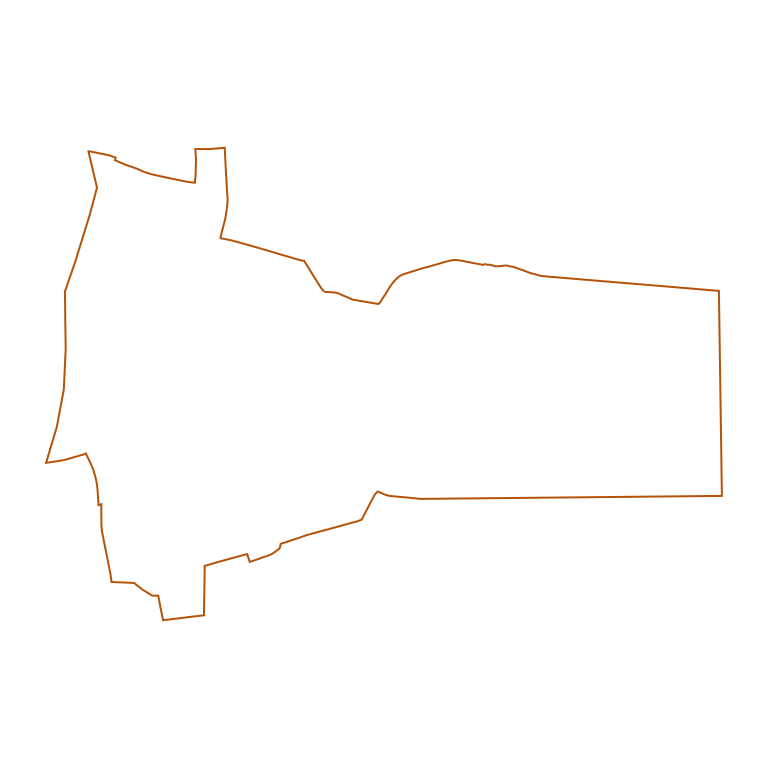 Al Tibbin, Al Qahirah, Egypt
{"feature_id": "37247803B18410334160069", "entity_name": "Al Tibbin", "entity_type": "district", "adm_level": 2, "iso_a3": "EGY", "parent_name": "Egypt", "parent_adm1": "Al Qahirah", "projection": "robinson", "projection_center": [31.32, 29.779], "detail": "fine", "context": "isolated", "style": "outline", "palette": "amber", "viewbox_px": 768, "rotation_deg": 0, "n_neighbors": 0, "source": "geoboundaries", "source_scale": "gbopen_adm2", "svg_char_len": 3180}
<svg xmlns="http://www.w3.org/2000/svg" viewBox="0 0 768 768"><path d="M485.1,264.1L482.7,264.9L480.1,264.3L472.0,262.8L461.4,260.7L456.6,260.0L453.6,260.0L452.7,260.1L451.7,260.3L447.3,261.3L443.2,262.4L436.9,264.3L428.3,266.8L423.8,267.9L413.8,271.0L407.7,272.9L402.9,274.4L399.2,276.4L395.7,279.5L392.1,283.7L388.2,289.5L385.1,294.7L379.8,302.7L379.1,303.4L378.4,304.0L353.5,299.8L352.8,299.6L352.2,299.4L336.3,292.6L325.2,291.9L324.5,291.5L323.9,291.1L322.2,289.6L317.0,281.6L311.5,272.8L308.3,267.5L304.1,260.8L301.4,260.5L295.0,258.7L291.1,257.5L283.8,255.4L273.7,252.4L267.7,250.6L262.1,249.0L254.9,246.9L248.5,245.1L242.9,243.5L235.8,241.5L235.1,241.4L234.4,241.2L231.7,240.4L227.0,239.5L224.5,239.0L222.1,238.5L220.5,238.2L220.5,237.7L221.9,231.8L224.2,222.8L225.2,219.1L226.4,211.6L227.0,207.3L227.3,204.6L227.7,199.1L227.3,195.8L226.8,187.2L225.8,169.7L224.7,147.8L209.1,149.1L195.3,149.0L196.0,160.1L195.6,175.3L195.0,181.2L195.0,181.9L195.0,182.6L192.7,182.6L190.0,182.2L184.5,181.3L176.1,179.5L162.9,176.8L151.5,174.2L147.2,172.9L144.9,172.1L144.1,171.9L143.3,171.6L140.5,170.3L138.3,169.3L137.5,169.0L136.7,168.6L125.6,164.8L115.0,160.2L115.7,157.7L114.9,157.4L114.1,157.1L108.8,155.2L88.9,151.2L88.7,151.2L88.4,151.3L97.0,187.6L89.8,214.7L78.4,251.4L75.6,260.7L64.9,291.6L65.1,304.4L65.3,323.4L65.7,349.0L63.8,389.6L58.8,416.3L56.9,426.6L46.1,462.8L46.4,462.8L46.6,462.8L46.9,462.7L53.2,461.8L56.5,461.3L60.1,460.7L63.2,460.2L66.1,459.5L68.7,458.7L71.5,458.0L75.2,456.8L78.0,456.1L80.5,455.3L83.2,454.6L85.8,453.4L88.6,459.2L89.0,460.1L89.4,460.8L90.4,462.8L91.1,464.5L91.7,465.8L92.3,467.1L92.7,468.4L93.2,469.7L93.8,471.3L94.1,472.5L94.5,473.7L94.8,475.0L95.3,476.7L95.8,478.7L96.2,480.5L96.6,482.3L96.8,483.9L97.1,485.6L97.4,488.2L97.9,494.8L98.2,500.6L98.4,503.9L98.4,504.6L98.5,505.2L101.0,504.3L101.3,504.2L101.3,510.3L101.3,514.1L101.4,518.9L101.4,524.6L101.6,527.4L101.8,530.4L102.4,533.8L103.2,537.3L103.7,540.2L105.1,547.0L106.3,553.4L107.8,560.5L109.1,567.3L109.8,570.6L110.6,574.8L110.9,577.3L111.4,580.7L111.5,581.5L111.6,582.0L118.0,582.3L119.2,582.3L124.4,582.5L133.1,582.9L134.1,583.0L142.7,589.8L152.3,595.7L158.3,595.7L160.3,606.6L163.1,620.2L181.6,618.0L187.7,617.2L204.0,615.3L204.1,603.5L204.3,594.4L204.6,574.2L204.7,568.1L204.5,566.1L204.8,565.9L219.4,561.6L241.1,555.7L247.2,554.1L249.7,561.9L255.2,560.1L262.8,557.4L264.7,556.7L266.9,556.0L270.9,554.5L275.0,551.9L279.7,548.2L280.7,543.8L297.6,538.3L307.1,535.0L318.4,531.9L324.0,530.4L341.3,525.7L346.2,524.3L357.0,521.4L361.6,519.7L367.2,509.0L369.8,503.9L374.7,494.7L377.6,491.5L379.7,492.3L384.3,494.4L388.4,495.7L392.2,496.2L404.9,497.3L420.8,498.9L721.9,495.9L718.9,290.9L611.4,281.9L602.7,281.2L543.6,276.2L541.9,276.0L541.1,275.9L540.2,275.7L538.4,275.2L537.9,275.1L537.3,274.9L535.5,274.4L533.1,273.8L532.8,273.7L530.0,273.0L529.6,272.8L529.3,272.7L526.1,271.4L517.8,268.4L513.6,266.9L512.9,266.8L512.1,266.7L510.5,266.4L507.6,265.7L505.8,265.5L505.1,265.6L504.4,265.6L501.3,266.0L498.7,266.2L498.3,266.2L495.6,266.4L494.7,266.1L493.8,265.9L493.2,265.6L492.2,265.3L491.0,264.9L490.8,264.9L490.0,264.8L487.1,264.7L485.1,264.1Z" fill="none" stroke="#b45309" stroke-width="2"/></svg>